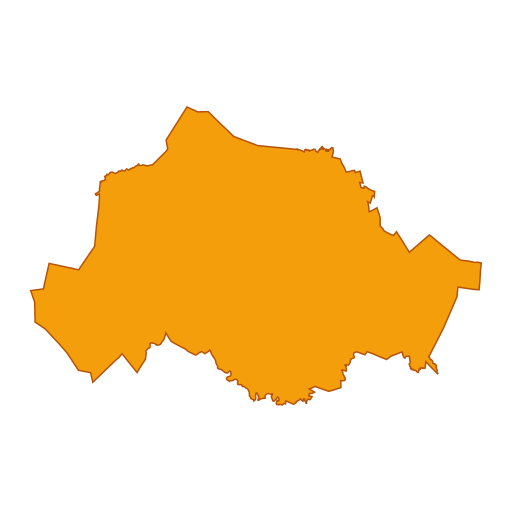 the district of Xalisco, Nayarit, Mexico
{"feature_id": "50627088B39496804164051", "entity_name": "Xalisco", "entity_type": "district", "adm_level": 2, "iso_a3": "MEX", "parent_name": "Mexico", "parent_adm1": "Nayarit", "projection": "equal_earth", "projection_center": [-104.936, 21.399], "detail": "fine", "context": "isolated", "style": "filled", "palette": "amber", "viewbox_px": 512, "rotation_deg": 0, "n_neighbors": 0, "source": "geoboundaries", "source_scale": "gbopen_adm2", "svg_char_len": 6085}
<svg xmlns="http://www.w3.org/2000/svg" viewBox="0 0 512 512"><path d="M474.8,262.4L468.5,261.1L460.1,260.0L438.1,242.1L430.8,235.9L429.3,235.0L409.3,252.3L401.9,240.2L398.1,234.4L396.5,231.7L393.5,235.5L389.9,234.1L384.2,231.0L382.8,228.6L380.0,226.0L380.2,224.9L380.1,217.3L377.0,207.8L370.1,211.5L369.1,211.8L368.7,206.2L367.6,201.7L370.2,203.2L371.8,198.2L372.4,195.8L374.0,196.4L374.2,196.8L374.7,191.4L370.9,190.1L367.8,188.3L366.4,187.1L364.2,186.2L364.1,187.3L363.9,188.2L361.0,187.5L359.7,182.5L363.0,183.0L360.0,171.1L355.3,172.6L354.5,170.3L346.2,172.2L344.5,167.9L342.0,163.5L340.2,159.0L335.6,157.8L332.9,157.4L332.0,157.0L333.1,153.2L332.9,153.1L333.2,152.1L333.3,150.4L332.8,147.9L332.5,148.0L332.3,147.8L331.5,147.6L329.9,149.7L329.0,149.4L328.1,149.9L327.9,150.2L328.6,150.8L328.6,151.2L327.5,151.2L327.1,150.9L326.8,151.2L325.8,150.9L325.6,150.5L325.7,150.2L326.3,150.1L326.5,149.9L327.0,149.6L326.9,149.3L326.6,149.2L326.2,149.1L325.2,149.6L324.1,148.7L323.4,149.2L323.0,149.1L322.9,148.8L321.7,149.0L321.5,148.4L323.0,147.7L322.8,147.2L322.6,147.1L322.4,146.6L322.0,146.7L321.2,147.5L320.6,148.5L319.9,148.8L319.6,149.5L319.9,149.7L318.8,150.6L318.5,150.5L317.7,152.4L315.8,151.3L315.2,149.5L313.9,149.1L313.3,149.3L312.2,150.1L311.4,150.1L310.4,150.5L310.0,150.8L309.1,150.2L309.1,151.0L306.7,149.6L306.4,150.2L305.4,149.4L304.7,150.1L304.3,151.9L300.0,149.9L298.1,149.7L297.7,149.3L297.1,148.9L296.8,149.4L257.7,145.6L233.8,136.5L216.9,120.3L208.2,111.6L197.8,111.9L187.0,107.0L166.1,140.0L167.7,148.7L166.6,150.8L152.5,164.8L146.2,166.0L145.4,165.3L144.3,165.3L143.8,165.0L142.9,164.9L141.9,165.4L141.0,165.6L140.1,165.5L139.0,165.0L138.7,164.0L138.2,164.3L136.9,165.8L136.0,165.9L133.7,167.8L132.5,167.7L131.7,168.5L130.7,168.6L130.3,168.7L129.9,169.4L128.9,170.0L128.2,169.9L127.5,169.3L126.6,168.9L124.6,171.0L124.1,170.9L123.3,171.1L122.5,170.3L121.8,170.0L121.4,170.2L120.6,171.4L120.3,171.4L119.4,171.0L118.9,171.0L118.4,171.4L117.9,172.4L115.5,173.3L114.3,173.1L112.9,172.3L111.0,172.1L110.2,172.5L108.6,174.5L108.3,174.8L107.8,174.7L107.0,174.3L106.6,175.2L106.2,175.6L104.7,176.4L104.7,176.7L105.3,177.5L105.3,179.6L104.8,179.8L104.7,180.2L102.4,180.9L101.3,182.0L101.0,181.3L100.7,181.4L100.4,181.7L100.2,182.2L100.2,183.9L99.5,188.7L99.5,189.0L99.5,191.1L97.5,192.7L95.4,193.7L96.2,195.4L99.4,194.0L99.4,198.3L98.9,206.0L96.4,226.5L94.7,246.2L78.6,269.8L49.1,263.4L43.4,288.9L30.7,290.6L34.7,302.3L35.1,322.1L45.3,329.0L59.9,344.7L67.0,352.9L78.5,370.3L90.6,372.7L92.8,382.3L115.9,360.0L118.9,357.6L122.0,353.7L137.1,372.6L140.7,366.5L145.4,359.3L146.2,353.4L145.8,351.3L146.1,350.7L148.3,348.3L149.5,348.0L150.0,347.2L150.2,345.9L150.0,344.0L150.4,343.3L151.1,342.9L154.7,343.5L155.3,343.9L155.5,344.4L156.9,345.2L159.6,344.8L160.4,344.3L164.1,339.0L165.9,332.9L169.1,338.3L171.1,341.3L175.7,344.0L185.6,349.2L188.1,351.4L195.4,355.0L196.7,354.7L198.8,353.0L201.8,351.5L204.8,353.7L209.3,350.9L209.6,350.1L210.1,350.3L211.8,354.5L214.8,359.0L215.5,360.5L216.1,363.3L217.7,366.4L217.5,368.0L217.9,368.5L219.3,369.1L221.3,369.5L225.0,372.5L227.6,373.1L229.4,371.0L230.3,371.3L230.8,371.9L231.0,373.8L231.0,375.0L230.1,376.2L227.3,377.0L226.5,378.4L226.6,379.2L227.2,379.9L229.6,381.4L229.7,381.1L230.2,380.7L232.1,380.6L233.4,380.3L234.0,379.6L234.7,379.2L236.1,379.3L236.7,379.6L237.2,380.0L237.7,380.7L237.7,381.3L237.6,383.5L237.6,384.1L237.9,384.4L239.4,384.7L240.9,384.6L241.4,384.7L241.9,385.2L242.0,385.9L242.3,386.4L244.5,386.8L246.1,388.2L247.7,388.9L249.2,392.0L249.4,393.8L249.4,396.0L250.7,397.4L250.9,398.6L253.5,399.7L253.8,401.0L255.5,399.6L255.7,398.5L255.8,397.2L255.5,396.0L256.2,393.0L257.3,393.3L258.2,396.0L258.9,396.9L258.8,397.9L257.9,399.9L258.4,400.4L259.4,399.9L259.8,399.0L261.3,398.9L261.7,398.6L262.5,398.6L262.9,398.4L265.1,398.3L265.1,396.5L265.6,395.1L266.5,394.1L267.4,393.7L268.4,393.6L271.0,394.3L272.3,393.9L272.4,394.6L271.9,395.6L271.4,396.0L271.4,397.1L272.9,401.0L273.3,401.2L273.9,401.2L276.5,398.9L276.7,398.2L277.1,397.6L277.5,397.1L277.9,397.0L279.1,399.2L279.2,399.8L279.1,400.2L278.5,400.8L278.2,400.8L277.9,400.4L277.6,400.4L277.2,400.6L276.8,401.0L276.3,403.0L276.3,403.6L276.6,404.2L277.0,404.6L279.0,404.8L279.9,404.3L280.3,404.4L282.3,405.0L282.6,404.9L283.0,404.4L283.8,403.6L284.5,403.5L285.5,403.9L285.9,400.9L293.5,404.2L296.3,402.5L296.2,401.7L300.1,399.5L300.4,398.9L302.9,401.3L303.7,400.6L303.4,399.0L303.7,398.8L304.6,399.1L304.7,400.3L306.2,403.3L306.6,403.2L306.8,400.7L307.9,399.2L309.9,399.7L310.3,399.5L312.1,396.6L309.5,396.0L308.8,396.1L308.8,395.5L309.3,393.7L309.5,393.9L309.6,393.5L312.2,393.4L314.6,392.1L309.1,388.9L313.2,387.5L315.1,386.4L320.5,388.5L328.7,391.3L332.5,390.3L340.9,387.6L340.8,382.6L340.6,380.7L342.7,380.8L344.6,380.5L344.7,380.2L345.2,379.8L345.2,378.1L343.1,374.2L342.4,371.0L341.7,370.2L342.1,369.9L346.1,371.1L346.4,370.3L346.0,367.1L346.3,366.2L344.9,365.2L345.5,364.8L348.5,365.0L350.2,362.3L350.0,362.0L350.3,360.9L351.2,358.9L353.6,358.1L354.2,357.7L354.3,356.9L353.6,355.3L353.5,354.1L353.7,353.2L354.4,352.6L355.5,352.1L356.2,352.1L356.8,351.8L364.9,354.8L367.1,351.7L372.0,353.4L378.9,356.4L386.6,359.5L390.9,356.2L402.1,351.9L402.6,353.5L402.6,354.4L403.9,357.5L404.6,358.0L405.2,358.0L406.0,356.4L407.5,356.1L409.3,356.3L409.6,358.5L409.9,359.7L409.9,360.9L410.5,361.9L410.0,363.1L409.1,363.9L410.0,366.7L410.8,366.9L410.5,368.4L411.6,369.2L412.3,369.2L411.9,369.6L416.0,370.7L417.4,372.3L418.4,372.3L418.3,372.0L419.3,369.0L419.8,369.6L420.6,368.9L420.9,367.7L421.9,368.2L422.7,368.3L423.0,367.8L423.5,368.0L423.8,368.3L424.5,368.4L425.1,368.1L425.9,361.6L431.0,367.2L437.6,373.7L437.9,373.4L437.7,373.0L437.0,372.5L436.9,372.1L437.2,370.6L437.0,369.6L436.0,367.5L436.0,367.2L436.3,367.0L436.4,366.6L436.3,365.3L435.7,364.6L435.3,364.4L435.2,364.1L433.1,363.4L432.9,363.2L432.7,361.7L432.1,360.3L431.8,360.0L430.5,359.4L430.0,358.7L429.4,357.2L428.7,357.0L443.2,328.7L457.0,296.7L457.9,287.1L473.1,289.3L479.1,289.8L479.8,282.2L480.5,270.2L481.3,263.0L479.7,262.6L477.3,262.3L474.8,262.4Z" fill="#f59e0b" stroke="#b45309" stroke-width="1.5"/></svg>